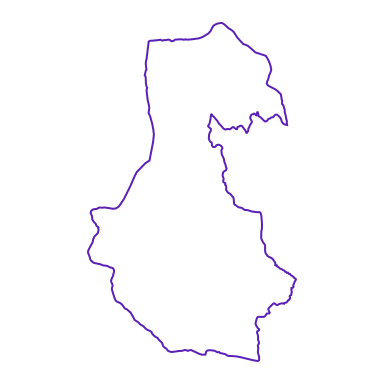 Khong, Champasak, Laos (Natural Earth projection)
{"feature_id": "54806243B24917082255411", "entity_name": "Khong", "entity_type": "district", "adm_level": 2, "iso_a3": "LAO", "parent_name": "Laos", "parent_adm1": "Champasak", "projection": "natural_earth1", "projection_center": [106.019, 14.226], "detail": "fine", "context": "isolated", "style": "outline", "palette": "violet", "viewbox_px": 384, "rotation_deg": 0, "n_neighbors": 0, "source": "geoboundaries", "source_scale": "gbopen_adm2", "svg_char_len": 6010}
<svg xmlns="http://www.w3.org/2000/svg" viewBox="0 0 384 384"><path d="M287.1,125.0L286.8,123.0L286.8,120.4L286.2,118.8L285.7,115.6L284.7,111.9L284.7,109.4L284.2,108.6L283.4,105.4L282.5,104.6L282.0,103.8L282.2,100.9L281.7,99.4L280.9,94.4L278.3,91.7L275.6,89.5L268.5,85.8L267.7,85.1L266.9,84.0L266.8,83.7L267.2,81.3L267.7,80.5L268.3,78.8L269.3,74.8L270.0,73.7L271.2,70.2L271.1,68.4L270.3,65.1L269.5,62.7L267.3,58.1L265.8,55.9L265.3,55.6L255.3,52.4L251.5,48.9L248.0,45.9L246.5,45.2L243.2,44.0L237.4,37.7L233.9,32.2L233.1,31.4L231.5,30.0L228.7,28.4L224.7,24.7L222.8,23.4L221.7,23.0L219.8,23.1L217.1,23.7L214.1,25.2L213.3,25.9L212.0,28.1L210.8,30.7L208.5,33.4L202.8,36.9L199.1,38.3L192.0,39.3L188.6,39.6L186.6,39.6L185.5,39.3L184.4,39.7L183.4,39.7L181.8,39.3L180.2,39.3L175.7,39.6L174.6,39.9L173.7,40.8L171.9,41.2L171.1,41.0L169.8,39.9L168.8,39.7L167.7,39.7L165.8,40.1L163.8,40.1L162.4,40.6L161.9,40.5L160.4,39.7L158.7,40.1L158.0,40.0L157.0,40.3L154.9,40.3L153.9,40.6L150.0,40.8L148.7,41.6L146.5,59.3L145.8,62.1L145.8,64.3L146.4,69.5L146.3,69.9L145.8,70.6L144.7,75.5L145.4,76.3L145.7,77.3L145.9,83.4L146.5,86.4L147.2,87.8L146.7,89.3L146.6,91.1L147.7,100.0L148.9,105.3L149.3,107.8L148.6,112.9L150.2,116.5L152.2,123.8L153.3,129.5L153.9,134.6L153.0,142.5L149.5,160.5L145.4,163.2L136.8,172.0L134.6,176.3L130.3,186.2L124.0,198.9L120.5,204.2L118.6,206.7L116.1,208.3L113.5,208.8L104.8,207.5L101.8,207.7L99.2,207.5L96.8,208.9L93.4,209.3L92.6,209.7L91.0,211.2L90.7,213.3L92.0,216.0L92.3,219.4L93.5,221.5L95.8,224.0L96.3,225.5L97.1,226.4L98.4,227.3L98.2,227.6L98.2,228.4L98.5,228.9L98.6,229.7L97.8,233.1L94.6,236.4L93.9,237.4L93.8,238.2L93.2,239.1L92.8,241.4L92.4,242.8L90.1,246.8L88.1,250.9L88.1,252.9L89.9,257.5L90.2,259.4L91.0,260.6L92.3,261.5L92.4,262.0L94.0,262.9L100.5,264.3L103.4,265.5L104.2,265.5L107.1,265.9L110.5,267.6L111.5,267.6L112.6,268.1L113.1,268.5L114.0,270.1L114.1,270.6L114.0,271.6L113.0,275.9L111.6,279.0L111.0,281.0L111.4,282.3L112.2,283.9L112.5,285.2L112.6,285.8L111.9,288.3L111.9,289.5L114.5,297.9L115.3,299.9L115.9,300.7L117.2,301.8L119.9,302.9L121.4,304.0L122.0,304.5L124.6,308.1L125.5,308.9L126.9,309.3L129.7,311.9L130.3,312.2L132.8,316.3L134.6,319.9L137.5,321.8L138.7,322.7L139.6,323.9L141.0,324.9L143.4,326.2L145.4,328.4L146.6,329.4L147.9,330.1L149.1,330.5L151.3,331.8L152.3,333.8L153.2,334.9L155.4,336.8L157.6,337.9L158.7,339.7L161.8,342.6L162.5,344.0L162.9,345.6L163.8,346.9L164.9,347.8L166.2,348.5L168.1,350.9L170.8,351.9L172.2,352.0L179.0,351.0L181.6,350.9L185.1,350.0L186.0,350.1L187.9,350.9L189.6,350.2L191.2,350.1L199.4,353.9L202.0,354.7L204.7,354.7L205.4,354.6L205.9,352.9L205.9,352.2L206.4,351.4L207.1,350.7L208.1,350.4L209.8,350.2L213.8,350.6L215.4,351.1L217.3,352.3L219.1,352.0L220.0,353.0L225.2,354.1L227.6,355.7L229.0,355.9L235.8,356.3L239.8,357.0L253.0,360.2L257.1,360.9L258.0,361.0L258.9,360.4L259.2,359.1L259.2,357.5L258.9,356.1L257.9,352.5L257.9,351.4L258.3,348.3L257.9,346.2L257.9,345.3L259.0,343.3L258.9,342.1L258.1,339.9L258.0,336.0L257.7,334.4L257.1,332.9L257.0,331.9L257.3,331.3L258.7,330.6L259.2,329.9L259.1,329.3L257.9,328.3L256.3,325.7L255.5,323.6L256.4,319.8L257.2,317.5L258.1,316.9L263.1,316.9L264.5,316.6L265.4,315.7L266.3,314.2L266.8,313.6L269.3,313.4L269.7,312.8L268.8,310.7L268.3,309.2L268.4,308.7L269.1,307.7L273.2,303.7L273.9,303.4L274.5,303.4L276.6,305.0L277.5,305.1L278.2,304.5L279.6,303.9L281.9,303.3L282.3,303.5L283.7,303.2L283.9,303.6L284.0,303.7L284.4,303.1L284.8,302.9L285.5,302.8L286.5,302.4L287.4,301.7L287.7,300.6L288.9,300.1L289.0,299.5L289.6,299.1L290.2,298.3L289.7,296.4L290.0,295.6L291.1,295.1L291.3,294.7L291.4,293.0L291.9,292.1L291.3,290.2L291.7,289.1L291.4,288.1L292.9,287.6L293.5,286.9L293.6,286.4L293.3,285.9L293.3,285.1L294.8,281.6L295.8,279.8L295.9,279.2L295.0,278.3L294.1,277.9L293.4,276.8L292.7,276.5L292.4,276.1L290.7,275.0L290.0,274.0L289.0,274.0L288.0,272.7L286.9,272.9L286.5,272.2L285.1,271.7L284.5,270.7L283.2,270.2L281.6,269.1L279.9,268.5L278.5,267.2L276.6,266.1L276.6,265.9L277.0,265.6L276.8,265.3L275.3,265.1L275.5,264.4L275.3,264.1L275.3,262.9L274.3,261.3L272.5,258.8L271.3,257.9L268.7,256.8L267.5,255.9L265.7,253.4L265.3,252.2L265.1,250.5L265.1,245.8L264.7,244.5L262.9,242.1L261.6,239.4L261.2,237.8L261.3,231.5L261.9,228.6L262.0,225.5L261.9,222.6L261.4,216.2L260.7,213.2L260.4,212.8L259.6,212.2L255.7,212.1L253.7,211.6L252.8,211.7L251.5,211.4L247.6,210.1L244.6,209.9L241.6,207.8L238.6,207.3L234.6,204.5L234.1,203.8L233.6,198.2L233.1,197.3L230.7,194.3L227.8,192.4L226.2,190.1L226.1,189.3L226.3,187.2L225.9,185.4L225.2,184.9L225.1,183.9L225.3,183.2L223.8,182.4L223.3,181.9L223.1,181.2L223.6,179.5L223.6,178.4L222.7,176.1L222.6,175.1L223.1,172.4L223.7,171.7L226.1,170.0L226.6,168.7L225.8,166.3L225.5,164.8L224.4,162.1L223.9,159.0L222.0,154.8L221.6,153.3L221.4,150.2L222.4,148.3L222.3,147.6L221.9,146.9L220.9,145.7L219.4,144.9L218.3,144.7L217.0,145.0L216.4,145.3L215.5,146.7L214.3,147.1L213.8,147.1L212.8,146.7L212.0,145.7L211.8,143.0L211.6,142.4L210.6,142.0L210.0,141.4L209.2,139.8L208.8,138.1L209.1,134.8L209.6,132.9L210.8,130.8L210.9,129.0L208.2,126.4L208.2,125.9L208.5,125.0L209.1,124.5L209.7,123.0L210.6,118.3L211.0,114.8L211.3,114.4L211.8,114.5L212.6,115.7L214.7,117.7L215.5,118.8L217.4,121.0L218.9,123.6L221.1,125.7L223.4,128.5L225.0,129.4L225.8,129.5L226.8,129.3L227.1,129.0L228.3,128.9L229.7,129.3L230.9,128.6L232.6,127.2L233.6,127.2L235.7,128.9L236.9,129.2L237.2,128.8L237.4,127.2L237.9,126.8L238.9,126.6L240.3,125.8L241.7,125.8L244.4,129.1L246.1,131.7L246.3,132.7L246.8,132.9L248.2,130.9L248.4,128.4L249.3,127.1L249.7,125.6L251.8,122.4L251.8,121.4L250.4,118.6L250.3,116.8L251.3,114.9L252.1,114.4L253.3,114.2L253.6,113.7L254.5,113.7L255.8,115.0L256.5,115.3L257.2,112.3L257.7,112.2L258.2,113.3L258.4,115.2L258.8,116.3L260.5,117.2L263.6,120.3L265.1,121.5L266.3,121.3L267.3,120.5L268.5,118.9L269.7,118.6L271.2,117.5L272.6,117.3L273.7,116.7L274.5,115.4L275.8,114.6L277.1,114.7L279.4,116.7L280.3,117.9L281.1,119.2L281.5,120.7L282.2,122.3L283.1,123.5L284.3,124.3L287.1,125.0Z" fill="none" stroke="#5b21b6" stroke-width="2"/></svg>